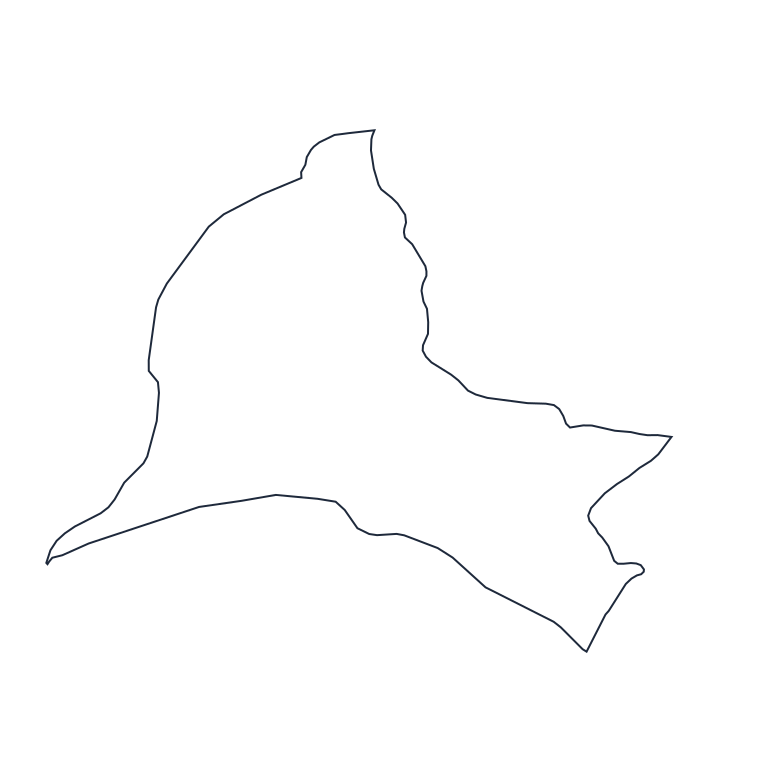 the border of Ibaraki, rotated 102°
{"feature_id": "JPN-1856", "entity_name": "Ibaraki", "entity_type": "Prefecture", "adm_level": 1, "iso_a3": "JPN", "parent_name": "Japan", "parent_adm1": "", "projection": "robinson", "projection_center": [140.305, 36.33], "detail": "fine", "context": "isolated", "style": "outline", "palette": "slate", "viewbox_px": 768, "rotation_deg": 102, "n_neighbors": 0, "source": "natural_earth", "source_scale": "10m", "svg_char_len": 1743}
<svg xmlns="http://www.w3.org/2000/svg" viewBox="0 0 768 768"><g transform="rotate(102 384 384)"><path d="M603.7,130.2L602.1,134.6L585.3,160.4L581.3,168.6L561.8,242.4L539.5,280.8L533.3,297.4L527.8,332.8L528.0,340.5L533.3,359.4L533.8,367.3L530.6,380.0L515.4,396.2L509.2,406.8L510.1,425.1L515.0,466.8L527.9,499.1L542.7,539.3L601.4,639.7L618.4,663.1L622.9,672.3L627.3,674.6L630.2,675.7L629.2,677.1L616.0,675.7L605.4,671.6L596.4,665.1L587.6,656.7L569.4,634.3L561.9,627.9L553.0,623.5L534.5,617.6L511.6,602.8L504.2,600.5L467.4,598.6L439.4,602.3L429.2,605.5L420.1,616.8L409.6,619.1L356.4,622.9L348.3,622.3L330.9,617.3L266.5,588.1L251.3,576.0L224.3,543.3L199.6,507.6L194.0,509.1L185.9,506.5L178.1,506.7L170.2,504.1L166.4,502.0L161.1,497.5L150.7,484.2L148.1,476.7L146.1,471.1L137.8,446.1L143.6,447.1L147.2,447.2L158.2,445.3L175.6,438.7L190.2,430.8L194.2,427.2L200.2,415.2L204.6,408.3L214.1,398.5L221.5,396.0L228.0,396.4L231.6,396.0L236.3,394.0L241.4,385.5L260.2,368.0L265.0,365.9L269.4,365.0L276.9,366.7L280.3,366.9L285.0,366.7L295.2,362.5L301.5,357.6L314.4,353.6L325.8,351.4L338.0,353.9L343.3,353.1L348.6,348.6L353.0,342.1L360.9,320.3L365.0,312.0L373.0,300.5L375.2,292.1L376.1,280.1L372.9,239.7L369.6,221.6L369.3,213.4L372.1,207.4L378.0,202.0L384.9,197.7L387.9,193.0L383.1,180.6L381.4,172.1L381.7,148.4L379.7,132.5L379.8,123.7L379.3,115.6L377.1,105.8L376.0,91.8L395.8,101.1L403.7,107.0L412.9,116.6L423.6,125.3L433.5,135.4L445.0,145.3L462.4,155.7L470.3,156.9L475.2,154.5L481.5,146.8L485.5,143.5L488.8,138.6L496.0,130.7L509.1,122.1L511.2,118.0L510.0,112.3L507.8,105.3L507.1,99.9L507.8,95.2L511.3,91.2L513.6,90.9L516.6,92.9L518.6,96.8L522.9,101.5L529.3,105.9L559.2,117.0L563.4,119.4L603.7,130.2Z" fill="none" stroke="#1e293b" stroke-width="2"/></g></svg>